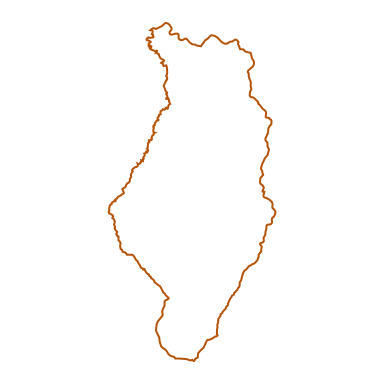 Caicedonia, Valle del Cauca, Colombia (orthographic projection)
{"feature_id": "7082276B66968724645536", "entity_name": "Caicedonia", "entity_type": "district", "adm_level": 2, "iso_a3": "COL", "parent_name": "Colombia", "parent_adm1": "Valle del Cauca", "projection": "orthographic", "projection_center": [-75.855, 4.307], "detail": "fine", "context": "isolated", "style": "outline", "palette": "amber", "viewbox_px": 384, "rotation_deg": 0, "n_neighbors": 0, "source": "geoboundaries", "source_scale": "gbopen_adm2", "svg_char_len": 5972}
<svg xmlns="http://www.w3.org/2000/svg" viewBox="0 0 384 384"><path d="M263.8,187.6L262.6,185.3L261.0,184.3L260.0,182.7L260.3,178.5L260.6,177.7L263.2,174.9L262.4,172.7L262.2,171.0L261.0,168.8L260.9,168.1L262.0,164.6L264.6,158.8L265.1,157.9L267.5,155.2L269.0,149.7L267.4,145.9L267.6,145.0L267.3,142.4L265.6,140.6L265.4,138.4L266.8,135.8L267.0,134.7L268.0,133.2L268.4,128.4L270.0,125.5L271.3,124.4L271.5,120.9L271.1,119.8L269.8,119.1L269.4,118.3L268.7,117.9L266.9,117.7L265.7,117.0L266.1,113.2L265.8,111.7L265.2,110.7L262.5,108.6L259.3,104.3L258.4,104.0L258.0,102.9L258.2,102.2L257.8,101.7L253.6,97.6L250.5,96.9L249.7,95.4L250.0,91.8L251.4,89.0L250.7,86.3L250.8,82.2L249.2,78.1L248.7,76.1L248.8,73.6L247.8,72.2L247.8,71.2L249.0,69.8L253.1,66.3L253.9,64.0L254.0,62.4L253.5,60.5L252.5,59.3L251.8,57.5L250.7,52.9L245.9,51.7L244.6,50.9L243.6,49.5L240.0,49.1L238.9,45.7L238.0,44.3L238.0,43.3L238.5,42.5L238.4,41.8L236.9,40.1L236.2,39.7L234.9,39.7L232.6,41.3L229.5,42.0L227.4,43.5L225.1,43.8L222.8,42.8L221.0,41.4L217.6,37.7L214.7,35.9L211.6,35.2L210.5,35.7L207.8,38.6L204.9,40.5L203.9,42.3L202.3,44.2L201.1,46.2L199.9,46.1L196.6,45.5L195.4,44.7L192.9,44.4L192.0,44.1L189.6,42.4L187.8,40.1L186.3,38.7L185.1,38.7L182.1,40.2L180.4,40.0L179.0,38.9L178.6,38.2L178.6,35.1L178.4,34.3L177.6,33.7L175.8,33.6L171.5,34.7L170.1,34.2L169.7,33.7L169.5,32.0L171.3,30.0L171.6,28.7L171.4,27.9L170.0,25.4L168.1,23.6L167.0,23.2L165.4,23.0L161.7,26.2L155.8,29.0L153.9,28.1L151.9,28.9L150.4,30.2L151.9,30.4L152.6,30.9L152.7,32.0L151.9,34.2L153.0,34.7L153.0,35.9L153.5,36.5L153.5,36.9L152.9,37.5L151.4,37.5L150.3,37.9L148.2,37.5L146.8,38.7L146.5,39.7L147.0,40.2L148.3,40.4L150.6,41.6L150.6,42.1L149.0,43.1L148.5,44.8L148.8,46.4L149.7,46.4L150.2,45.6L151.4,46.3L151.1,47.5L149.8,48.2L149.9,48.7L151.7,49.8L153.5,50.3L154.4,51.0L155.5,51.2L156.6,50.6L156.9,50.7L156.9,51.1L155.9,51.8L155.7,52.9L156.7,52.6L157.8,53.8L158.7,53.9L158.9,55.0L160.0,57.6L160.9,58.6L163.4,59.9L164.1,60.7L163.8,61.4L161.4,62.5L161.1,62.9L162.9,63.9L163.6,66.0L166.3,65.4L166.9,67.2L167.2,72.4L166.9,74.8L166.1,75.8L167.1,77.4L167.2,79.0L166.9,79.8L166.2,80.2L166.0,81.3L165.1,82.4L164.5,84.3L163.7,85.8L165.8,91.3L167.1,92.6L167.0,93.1L166.3,93.7L166.2,94.2L167.2,95.5L167.4,97.3L166.2,98.4L166.2,98.8L166.6,99.0L168.2,98.3L168.6,98.5L168.7,99.9L169.2,100.8L169.0,101.6L170.2,103.9L168.7,104.9L167.7,108.6L167.3,108.7L166.2,107.6L165.6,108.0L165.3,109.2L164.2,109.7L163.0,109.2L161.9,110.5L160.6,111.2L160.4,112.1L160.7,114.3L159.1,114.7L158.9,116.4L158.0,117.1L157.5,118.0L157.6,118.6L158.5,119.8L158.4,120.2L158.0,120.5L157.2,120.3L156.7,120.6L156.2,121.6L155.1,122.8L155.0,123.8L154.2,124.9L154.5,125.4L153.4,126.0L153.2,126.9L153.9,127.8L153.3,129.7L153.3,131.4L153.6,132.1L154.8,132.6L153.9,132.9L153.9,133.6L153.5,133.9L153.4,134.9L152.2,135.9L151.4,138.1L152.0,138.9L151.4,140.0L149.8,140.4L149.1,140.1L148.9,140.4L148.8,141.2L149.3,142.2L148.1,143.1L147.6,148.1L147.0,148.6L147.7,149.3L148.1,150.6L147.8,151.2L147.0,151.2L146.2,151.8L146.8,152.5L144.2,153.5L144.7,154.2L144.6,155.8L143.5,157.1L143.1,158.6L143.6,158.9L142.9,159.8L143.0,161.0L141.1,160.2L141.1,162.4L140.4,162.6L139.8,163.7L138.5,164.1L137.5,163.5L137.9,165.4L137.5,166.3L136.6,166.9L135.0,167.2L132.2,169.6L132.1,170.6L132.8,171.3L131.7,172.8L130.8,174.7L131.2,176.3L130.8,177.5L129.8,179.0L129.9,181.0L128.9,182.5L127.1,183.5L126.2,185.0L125.5,186.9L122.3,189.1L123.8,192.5L123.8,193.2L120.4,195.6L117.7,197.1L117.3,198.2L114.8,200.0L114.8,200.3L115.6,200.8L115.5,201.2L113.6,201.4L111.8,202.8L111.5,204.4L110.4,204.7L109.7,205.7L109.7,206.5L109.2,207.8L109.3,211.0L108.7,211.6L108.6,212.1L109.2,213.4L110.3,213.8L112.7,215.3L113.1,216.3L112.4,217.6L112.4,218.2L113.8,219.1L114.9,221.6L114.1,224.5L115.1,227.0L114.6,228.1L115.7,230.3L117.2,231.8L117.1,232.5L116.4,233.5L116.3,234.4L117.0,235.0L117.4,236.2L118.5,236.5L118.5,240.2L119.6,241.3L120.6,243.2L120.1,245.9L120.6,248.9L122.2,250.0L122.5,251.7L125.4,252.6L126.6,253.9L126.9,254.7L132.3,254.8L133.6,255.8L136.3,260.2L137.5,261.1L138.0,262.5L139.8,265.1L140.9,267.7L142.5,268.5L143.4,269.7L143.8,269.7L144.2,269.0L144.6,269.1L144.8,270.0L146.5,273.0L149.0,274.7L149.4,276.1L150.6,276.6L151.2,278.4L152.3,278.8L153.3,279.7L154.1,280.7L154.6,282.3L160.1,286.4L161.0,287.8L163.4,292.6L164.8,293.5L165.4,294.9L168.7,298.1L168.3,298.9L165.7,300.2L164.6,301.3L164.6,305.8L163.8,307.0L162.3,310.6L162.3,312.7L162.7,314.9L162.4,315.8L157.7,321.5L156.6,324.6L156.0,330.3L156.9,332.8L159.2,337.3L159.7,341.7L161.1,346.2L163.1,348.3L164.5,349.0L165.7,350.0L167.1,351.7L168.1,353.6L169.4,355.0L171.2,356.1L174.3,357.0L175.2,358.5L180.5,358.6L186.6,359.1L189.8,360.3L191.0,360.3L192.2,359.8L193.1,360.7L194.1,361.0L195.4,358.7L197.8,357.5L197.9,354.7L198.3,353.0L200.2,350.8L203.7,347.5L206.8,340.6L207.8,339.8L208.9,339.9L211.7,338.9L215.5,336.4L216.8,336.3L217.6,335.2L216.9,334.2L217.0,329.4L217.5,327.2L217.3,324.3L217.8,323.6L218.1,322.5L218.2,320.5L218.5,320.1L218.2,319.0L220.5,315.9L220.6,314.2L222.0,313.3L223.0,311.4L225.7,308.6L226.0,307.2L227.9,305.0L227.9,303.5L228.6,302.5L228.8,301.3L230.0,299.3L230.3,298.5L231.4,297.1L232.1,295.5L233.6,294.9L234.3,292.7L234.6,292.3L235.3,292.2L236.1,290.9L237.3,289.9L238.0,288.1L239.0,287.2L239.6,285.5L239.8,282.2L241.1,280.3L242.9,273.4L244.3,270.8L246.6,269.1L249.1,265.9L250.9,265.3L251.9,264.4L254.4,263.4L257.5,260.1L257.9,258.2L258.7,257.0L258.6,254.5L259.6,253.6L260.3,252.3L261.2,251.7L261.4,248.4L261.8,246.7L261.3,245.8L260.3,244.9L260.0,244.0L260.4,243.3L262.8,242.4L263.8,241.1L263.6,237.8L265.3,234.7L265.5,231.6L266.1,230.2L266.6,225.6L267.1,224.8L270.1,224.4L271.0,224.0L271.7,223.2L272.1,222.1L271.8,219.6L272.0,218.6L272.6,217.5L273.7,216.8L274.2,216.1L275.1,214.1L275.4,212.1L275.4,211.6L274.3,209.6L272.5,208.0L272.3,206.1L272.6,205.1L272.5,203.5L271.7,201.8L269.3,199.6L266.2,197.9L265.0,197.7L263.7,196.8L263.4,195.6L264.4,191.8L262.7,191.6L262.5,191.1L263.3,189.5L263.8,187.6Z" fill="none" stroke="#b45309" stroke-width="2"/></svg>